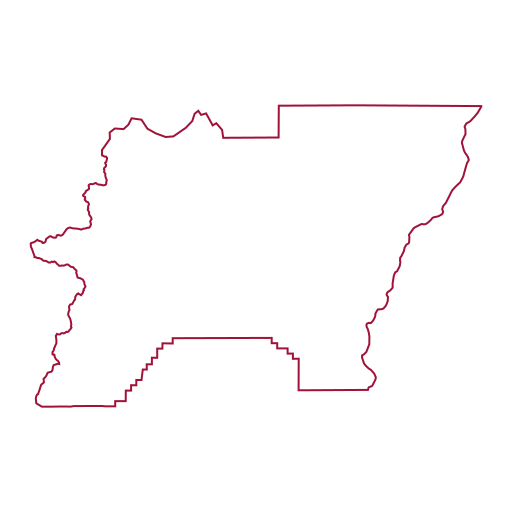 Baker, Oregon, United States of America
{"feature_id": "52423323B10863123109604", "entity_name": "Baker", "entity_type": "district", "adm_level": 2, "iso_a3": "USA", "parent_name": "United States of America", "parent_adm1": "Oregon", "projection": "mercator", "projection_center": [-117.935, 44.668], "detail": "fine", "context": "isolated", "style": "outline", "palette": "rose", "viewbox_px": 512, "rotation_deg": 0, "n_neighbors": 0, "source": "geoboundaries", "source_scale": "gbopen_adm2", "svg_char_len": 5436}
<svg xmlns="http://www.w3.org/2000/svg" viewBox="0 0 512 512"><path d="M105.1,406.3L115.2,406.3L115.2,401.1L125.7,401.1L125.8,390.6L131.1,390.6L131.1,385.2L136.3,385.3L136.3,380.0L141.5,380.0L142.8,369.5L146.8,369.5L146.7,364.3L151.9,364.3L151.9,357.7L157.2,357.8L157.2,348.6L162.4,348.6L162.5,343.3L172.7,343.5L172.7,338.2L271.7,337.9L271.7,343.2L277.2,343.2L277.2,348.4L287.6,348.4L287.6,353.6L292.9,353.6L292.9,358.8L298.7,358.7L298.6,390.3L368.0,389.9L368.5,387.8L368.8,387.4L369.2,387.1L371.7,386.2L372.3,385.7L375.2,380.0L375.4,379.7L375.8,377.7L375.8,377.2L374.2,373.6L373.9,373.2L371.4,370.4L370.4,369.5L368.8,368.6L365.9,365.8L364.1,363.6L362.0,357.4L362.1,355.4L364.1,354.2L366.2,352.1L366.6,351.3L368.4,346.6L369.3,344.2L369.4,336.6L369.1,334.6L368.8,332.6L367.6,328.6L366.8,327.2L366.5,326.0L366.4,325.2L366.7,324.2L366.9,323.7L368.9,322.8L370.3,323.1L370.9,323.0L373.1,320.6L374.6,317.8L375.1,316.5L375.4,315.3L375.3,314.1L375.8,312.9L377.0,310.7L378.0,309.4L381.7,309.2L383.3,308.6L385.5,306.2L386.4,304.6L387.7,301.1L388.0,296.9L386.7,295.1L386.6,294.3L387.2,292.7L388.1,291.7L389.3,291.1L390.3,290.3L392.4,288.0L392.7,287.2L392.6,283.5L393.8,275.9L394.5,273.9L395.3,272.2L397.0,271.4L399.6,266.4L400.4,262.3L400.0,260.4L400.2,257.7L401.4,256.2L404.1,250.6L404.2,249.6L404.6,247.6L406.4,244.6L408.5,243.5L409.1,242.4L409.4,236.9L408.9,234.9L413.6,228.3L415.2,227.2L421.5,224.0L423.5,224.3L425.4,224.2L427.2,223.2L428.6,222.0L430.9,219.9L432.1,218.3L432.7,217.8L433.7,217.3L438.4,216.3L441.5,214.5L442.1,214.1L442.8,212.9L443.1,211.9L443.1,211.5L442.5,210.2L442.3,209.4L442.3,208.7L443.0,206.5L443.8,205.2L445.8,203.0L449.6,195.5L450.8,193.0L452.1,190.5L455.3,186.9L460.1,182.4L462.2,178.6L463.4,176.1L463.9,174.0L465.1,169.7L466.1,166.1L467.1,162.9L468.3,161.0L468.7,160.1L468.7,159.5L467.8,156.7L465.0,152.7L463.9,150.3L463.7,149.6L461.9,142.7L462.3,140.7L465.1,134.9L465.5,134.4L465.4,129.3L465.1,128.1L464.6,126.9L464.6,126.6L466.3,123.5L469.2,121.9L470.5,121.0L474.8,116.3L477.7,112.8L481.3,106.6L481.3,106.1L356.0,105.3L278.8,105.7L278.6,137.5L223.2,137.8L222.1,129.9L216.3,123.2L212.7,125.4L206.1,113.4L201.1,114.9L198.3,110.8L194.6,113.8L192.3,121.0L185.8,127.8L173.4,136.4L165.7,137.0L155.8,133.4L147.4,128.7L141.5,119.7L131.6,118.3L128.4,124.7L123.6,129.1L114.8,128.5L109.7,132.5L109.9,138.9L101.9,150.2L102.1,150.7L102.0,152.0L102.1,153.0L101.9,154.4L102.2,155.5L103.2,155.8L104.0,156.3L105.0,156.7L106.0,156.6L106.4,157.0L106.9,157.6L107.1,158.6L106.8,159.4L106.4,161.3L106.2,161.9L105.2,162.7L105.4,163.8L106.0,164.5L106.0,166.1L105.1,167.2L104.2,168.0L103.9,169.1L104.4,169.9L104.1,171.9L105.3,173.7L105.3,175.9L106.0,178.5L106.7,179.8L106.7,180.9L106.4,181.3L106.2,182.5L106.3,183.6L105.9,184.5L104.5,185.2L102.7,185.3L100.7,184.7L100.1,184.6L99.3,184.7L97.7,184.3L96.7,183.7L96.2,183.2L95.6,183.0L95.1,183.2L93.8,183.8L92.4,184.2L90.4,184.0L89.3,184.6L88.8,185.0L88.6,185.9L88.9,186.7L89.0,188.1L89.0,188.9L87.3,190.2L85.8,191.1L85.5,192.5L84.6,193.4L83.3,194.6L83.0,195.6L83.8,196.3L84.9,196.8L85.3,197.7L84.9,199.0L84.7,199.6L85.0,200.2L85.7,200.6L85.9,201.3L86.6,201.7L88.0,202.2L88.8,203.4L88.9,204.7L88.3,205.7L88.0,207.4L88.3,208.5L87.8,209.0L87.8,209.9L88.1,210.4L88.9,211.7L89.2,212.7L89.0,213.5L89.3,214.8L90.4,216.3L91.3,217.8L91.5,219.4L90.8,220.2L90.2,221.4L91.0,224.3L90.1,226.7L88.8,227.8L87.2,227.8L85.6,228.4L83.0,228.8L81.1,229.6L79.5,229.1L76.9,228.6L73.3,228.4L72.1,228.2L70.0,227.5L67.8,228.2L66.3,229.5L65.7,230.5L64.8,231.7L63.2,234.1L62.2,235.2L61.2,235.4L60.6,235.7L59.2,235.2L58.0,234.9L56.7,235.5L56.5,236.7L55.7,237.7L53.7,237.7L51.8,236.9L50.7,236.2L49.4,236.5L48.9,236.9L46.2,239.0L45.9,239.8L45.6,241.3L45.2,242.0L44.5,242.5L43.8,242.7L43.6,243.0L42.5,242.9L41.9,241.7L39.8,241.1L38.1,240.5L37.4,239.8L36.6,240.4L36.1,240.7L35.0,241.6L33.1,242.5L31.2,243.0L30.7,243.5L30.9,246.6L32.1,249.4L33.5,253.4L34.5,256.2L34.5,257.2L35.8,257.2L37.4,258.1L39.0,258.0L40.4,258.7L41.4,258.9L43.3,260.7L46.2,261.0L48.7,262.5L50.1,262.6L51.9,261.6L53.2,262.1L54.4,261.4L56.0,262.5L56.6,263.5L58.1,264.7L58.8,265.5L59.4,265.8L60.7,265.8L61.9,265.5L63.6,265.6L65.1,265.2L66.4,264.5L68.0,264.5L70.7,266.7L73.4,267.3L74.5,268.8L76.4,270.5L76.5,271.7L76.2,272.7L76.7,274.2L77.2,276.0L77.6,277.5L79.3,278.1L80.2,278.2L82.8,279.6L84.3,282.2L84.4,284.1L85.5,286.5L84.7,287.9L83.6,289.3L83.9,290.4L83.2,291.1L82.9,292.8L81.7,294.3L81.1,295.2L80.2,294.7L79.2,294.1L77.8,294.0L77.8,293.7L76.8,294.3L76.3,295.4L75.4,296.5L75.1,298.5L75.1,299.1L74.9,299.8L74.2,300.3L73.4,302.0L72.2,304.0L71.1,304.3L70.2,304.5L69.1,306.3L69.1,308.0L69.5,309.8L68.9,311.1L68.2,313.5L68.2,315.1L68.7,316.0L69.3,317.1L70.3,319.1L71.0,322.0L71.3,325.0L70.9,326.7L71.5,327.6L70.5,329.1L69.3,330.3L68.5,331.5L67.3,332.0L66.4,331.8L65.1,332.8L63.9,333.4L62.7,333.1L61.3,333.3L60.0,334.4L58.0,334.4L57.0,333.9L55.8,335.9L56.2,338.5L56.4,340.6L56.4,343.3L55.5,345.1L54.7,347.2L54.0,348.5L53.7,350.4L52.5,352.1L52.5,354.3L53.2,354.7L54.0,354.5L54.5,355.0L54.7,356.8L56.0,359.3L58.0,361.0L59.1,362.7L59.2,364.0L58.5,363.8L57.1,364.0L53.7,365.1L52.9,367.0L52.6,369.3L52.4,370.4L51.4,371.7L49.8,372.1L47.7,372.7L46.3,375.8L45.1,377.4L43.6,378.8L43.9,382.4L42.9,383.4L42.1,383.8L41.0,385.1L40.4,387.0L39.7,389.3L39.2,390.9L38.6,392.3L38.1,394.1L37.2,394.5L36.4,395.8L35.8,398.4L36.3,403.3L41.9,406.7L48.8,406.7L61.7,406.5L70.8,406.6L73.6,406.1L88.3,406.0L102.0,406.0L105.1,406.3Z" fill="none" stroke="#9f1239" stroke-width="2"/></svg>